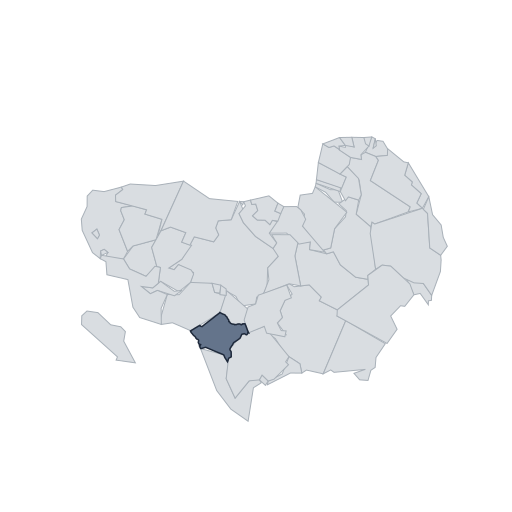 Kenya on a map of Africa (orthographic projection), rotated 113°
{"feature_id": "KEN", "entity_name": "Kenya", "entity_type": "country or territory", "adm_level": 0, "iso_a3": "KEN", "parent_name": "Africa", "parent_adm1": "", "projection": "orthographic", "projection_center": [37.674, 0.4], "detail": "fine", "context": "in_parent", "style": "filled", "palette": "slate", "viewbox_px": 512, "rotation_deg": 113, "n_neighbors": 49, "source": "natural_earth", "source_scale": "50m", "svg_char_len": 12839}
<svg xmlns="http://www.w3.org/2000/svg" viewBox="0 0 512 512"><g transform="rotate(113 256 256)"><path d="M322.3,267.0L350.3,286.8L350.1,306.8L356.0,316.4L351.8,319.4L326.1,322.6L321.7,311.7L305.9,306.0L299.9,296.5L298.3,285.8L305.7,279.8L303.9,268.0L322.3,267.0Z" fill="#d9dde1" stroke="#a8b0b8" stroke-width="1"/><path d="M147.1,121.5L144.5,128.7L134.1,128.3L129.9,140.7L126.8,141.1L123.6,150.7L110.7,152.2L133.9,120.1L147.1,121.5Z" fill="#d9dde1" stroke="#a8b0b8" stroke-width="1"/><path d="M298.3,285.8L305.9,306.0L295.6,307.0L294.2,324.0L300.6,326.0L301.2,331.6L288.0,323.0L262.5,320.3L259.5,300.5L251.2,298.6L246.0,304.1L238.4,304.5L232.3,293.0L212.2,292.4L218.7,285.7L223.6,288.2L230.3,280.6L238.2,264.1L243.0,239.6L247.7,235.3L262.4,240.6L279.2,234.1L288.1,234.3L293.6,239.3L300.3,237.6L307.9,250.3L301.0,258.8L298.3,285.8Z" fill="#d9dde1" stroke="#a8b0b8" stroke-width="1"/><path d="M362.9,270.9L359.7,247.3L365.7,239.6L380.6,235.5L395.0,219.7L373.6,213.5L367.6,206.3L370.6,201.6L378.3,206.9L411.2,198.7L406.8,219.3L395.2,239.6L362.9,270.9Z" fill="#d9dde1" stroke="#a8b0b8" stroke-width="1"/><path d="M274.1,218.5L270.3,216.2L268.6,214.7L269.3,208.7L261.8,195.7L268.3,179.8L272.5,180.2L274.0,158.0L279.6,158.0L280.4,148.1L338.2,148.1L341.3,165.0L345.9,168.1L338.1,173.4L335.0,190.7L324.4,206.0L322.9,216.1L316.7,197.5L309.3,210.2L302.3,207.7L296.9,212.4L285.5,212.0L277.0,207.8L270.7,216.4L274.1,218.5Z" fill="#d9dde1" stroke="#a8b0b8" stroke-width="1"/><path d="M273.8,160.1L272.5,180.2L268.3,179.8L261.8,195.7L266.1,203.2L240.8,220.2L227.5,222.6L221.8,211.4L229.2,209.2L226.4,191.8L221.9,186.4L231.2,174.9L236.6,156.0L233.7,143.7L238.7,141.1L273.8,160.1Z" fill="#d9dde1" stroke="#a8b0b8" stroke-width="1"/><path d="M245.2,406.9L246.9,404.6L254.9,409.1L260.7,406.4L258.0,388.9L264.0,398.8L267.1,398.3L274.1,391.4L285.2,392.4L301.9,376.0L310.5,376.8L314.5,387.1L314.4,394.2L310.6,393.6L309.2,398.4L312.2,401.0L319.3,398.4L316.8,407.8L300.3,426.0L290.3,431.2L276.5,430.8L266.8,434.8L259.2,432.0L256.1,421.0L245.2,406.9ZM302.0,408.7L297.9,408.3L293.4,413.0L298.8,416.0L302.0,408.7Z" fill="#d9dde1" stroke="#a8b0b8" stroke-width="1"/><path d="M302.0,408.7L298.8,416.0L293.4,413.0L297.9,408.3L302.0,408.7Z" fill="#d9dde1" stroke="#a8b0b8" stroke-width="1"/><path d="M310.5,376.8L294.8,373.1L280.1,354.4L288.9,355.4L304.5,343.1L317.7,349.3L317.3,367.3L310.5,376.8Z" fill="#d9dde1" stroke="#a8b0b8" stroke-width="1"/><path d="M301.9,376.0L285.2,392.4L274.1,391.4L267.1,398.3L264.0,398.8L258.0,388.9L256.2,374.8L260.8,374.6L259.0,356.9L280.1,354.4L294.8,373.1L301.9,376.0Z" fill="#d9dde1" stroke="#a8b0b8" stroke-width="1"/><path d="M256.2,374.8L260.7,406.4L254.9,409.1L246.9,404.6L245.2,406.9L238.9,399.9L230.4,376.0L215.4,352.0L279.1,353.6L259.0,356.9L260.8,374.6L256.2,374.8Z" fill="#d9dde1" stroke="#a8b0b8" stroke-width="1"/><path d="M102.3,189.7L100.8,183.9L107.2,175.1L112.1,174.4L117.6,184.6L117.8,195.8L101.2,196.0L101.4,192.0L111.1,190.3L102.3,189.7Z" fill="#d9dde1" stroke="#a8b0b8" stroke-width="1"/><path d="M117.8,195.8L117.6,184.6L120.1,180.7L141.9,180.2L150.5,133.2L155.9,133.1L180.2,159.2L179.6,162.4L184.3,161.9L178.5,180.1L158.6,183.0L145.8,190.7L138.2,206.8L128.3,207.5L125.9,196.6L121.9,199.0L117.8,195.8Z" fill="#d9dde1" stroke="#a8b0b8" stroke-width="1"/><path d="M110.7,152.2L123.6,150.7L126.8,141.1L129.9,140.7L134.1,128.3L144.5,128.7L147.1,121.5L155.9,133.1L150.5,133.2L141.9,180.2L120.1,180.7L117.6,184.6L112.1,174.4L105.8,176.7L111.6,156.8L110.7,152.2Z" fill="#d9dde1" stroke="#a8b0b8" stroke-width="1"/><path d="M169.2,228.5L165.6,229.1L165.9,213.4L162.9,206.4L172.7,197.2L175.9,205.1L170.2,216.7L169.2,228.5Z" fill="#d9dde1" stroke="#a8b0b8" stroke-width="1"/><path d="M233.7,143.7L236.6,156.0L231.2,174.9L221.9,186.4L226.4,191.8L224.0,196.2L219.4,190.4L200.2,194.3L185.0,188.9L179.0,190.6L175.6,200.2L165.5,194.0L164.4,183.3L178.5,180.1L184.3,161.9L221.5,140.7L230.2,145.5L233.7,143.7Z" fill="#d9dde1" stroke="#a8b0b8" stroke-width="1"/><path d="M169.2,228.5L180.2,189.5L200.2,194.3L219.4,190.4L225.7,198.2L210.4,224.9L198.5,227.7L194.7,236.5L182.7,239.1L176.3,228.5L169.2,228.5Z" fill="#d9dde1" stroke="#a8b0b8" stroke-width="1"/><path d="M225.7,194.2L229.2,209.2L221.8,211.4L228.3,221.2L223.0,236.8L229.8,252.7L199.7,249.7L194.6,237.9L196.1,232.7L202.8,224.6L210.4,224.9L225.7,194.2Z" fill="#d9dde1" stroke="#a8b0b8" stroke-width="1"/><path d="M163.8,203.6L165.6,229.1L162.1,230.2L159.7,205.1L163.8,203.6Z" fill="#d9dde1" stroke="#a8b0b8" stroke-width="1"/><path d="M160.1,203.5L162.1,230.2L145.6,235.1L148.1,203.7L160.1,203.5Z" fill="#d9dde1" stroke="#a8b0b8" stroke-width="1"/><path d="M128.3,207.5L135.3,205.9L147.8,210.6L145.6,235.1L126.7,238.3L127.6,231.2L124.2,227.2L128.3,207.5Z" fill="#d9dde1" stroke="#a8b0b8" stroke-width="1"/><path d="M110.7,195.0L121.9,199.0L125.9,196.6L128.3,207.5L125.9,220.7L122.4,222.7L121.1,216.2L118.3,217.2L117.3,208.3L109.3,214.2L104.8,203.0L110.7,195.0Z" fill="#d9dde1" stroke="#a8b0b8" stroke-width="1"/><path d="M101.2,196.0L110.7,195.0L109.9,199.0L104.8,203.0L101.2,196.0Z" fill="#d9dde1" stroke="#a8b0b8" stroke-width="1"/><path d="M125.3,220.7L124.2,227.2L127.6,231.2L126.7,238.3L114.3,225.4L119.3,216.9L122.4,222.7L125.3,220.7Z" fill="#d9dde1" stroke="#a8b0b8" stroke-width="1"/><path d="M109.3,214.2L117.3,208.3L119.3,216.9L114.3,225.4L109.3,214.2Z" fill="#d9dde1" stroke="#a8b0b8" stroke-width="1"/><path d="M138.2,206.8L144.6,191.9L158.6,183.0L164.4,183.3L165.5,194.0L170.2,195.2L163.8,203.6L148.1,203.7L147.8,210.6L138.2,206.8Z" fill="#d9dde1" stroke="#a8b0b8" stroke-width="1"/><path d="M288.1,234.3L272.8,234.9L262.4,240.6L247.7,235.3L242.4,243.3L235.9,242.1L230.2,249.9L223.1,233.0L227.5,222.6L240.8,220.2L266.1,203.2L268.6,214.7L288.1,234.3Z" fill="#d9dde1" stroke="#a8b0b8" stroke-width="1"/><path d="M242.4,243.3L238.2,264.1L230.3,280.6L223.6,288.2L214.0,285.3L210.8,288.5L206.7,282.9L210.2,280.0L208.3,276.5L213.5,272.1L220.4,274.9L222.4,268.9L219.5,261.6L221.7,255.5L216.8,254.9L215.9,249.8L229.8,252.7L235.9,242.1L242.4,243.3Z" fill="#d9dde1" stroke="#a8b0b8" stroke-width="1"/><path d="M207.3,249.8L215.3,249.5L216.8,254.9L221.7,255.5L219.5,261.6L222.4,268.9L220.4,274.9L213.5,272.1L208.3,276.5L210.2,280.0L206.7,282.9L195.6,267.6L198.8,256.4L207.3,256.2L207.3,249.8Z" fill="#d9dde1" stroke="#a8b0b8" stroke-width="1"/><path d="M199.7,249.7L207.3,249.8L207.3,256.2L198.8,256.4L199.7,249.7Z" fill="#d9dde1" stroke="#a8b0b8" stroke-width="1"/><path d="M305.9,306.0L319.0,313.0L316.6,333.9L319.3,335.3L303.9,339.5L304.5,343.1L288.9,355.4L269.9,353.3L262.8,346.0L261.9,329.7L272.3,329.8L271.3,319.5L288.0,323.0L301.2,331.6L300.6,326.0L294.2,324.0L294.2,310.3L296.9,306.4L305.9,306.0Z" fill="#d9dde1" stroke="#a8b0b8" stroke-width="1"/><path d="M316.5,310.7L324.5,315.5L326.2,333.3L332.0,338.5L328.8,349.7L325.7,338.6L316.6,333.9L320.4,317.4L316.5,310.7Z" fill="#d9dde1" stroke="#a8b0b8" stroke-width="1"/><path d="M326.1,322.6L341.2,322.9L356.0,316.4L358.1,339.0L351.2,349.3L327.8,364.7L331.5,385.9L319.9,391.9L319.3,398.4L315.7,398.4L310.5,376.8L317.3,367.3L317.7,349.3L304.9,345.0L303.9,339.5L319.3,335.3L325.7,338.6L328.8,349.7L332.0,338.5L326.2,333.3L326.1,322.6Z" fill="#d9dde1" stroke="#a8b0b8" stroke-width="1"/><path d="M315.7,398.4L312.2,401.0L309.2,398.4L310.6,393.6L315.7,398.4Z" fill="#d9dde1" stroke="#a8b0b8" stroke-width="1"/><path d="M210.8,288.5L214.2,288.2L212.2,292.4L210.8,288.5ZM212.9,294.1L232.3,293.0L238.4,304.5L246.0,304.1L251.2,298.6L259.5,300.5L262.5,320.3L271.9,321.1L272.3,329.8L261.9,329.7L262.8,346.0L269.9,353.3L215.4,352.0L221.4,321.3L212.9,294.1Z" fill="#d9dde1" stroke="#a8b0b8" stroke-width="1"/><path d="M304.2,274.8L305.7,279.8L298.3,285.8L296.6,277.0L304.2,274.8Z" fill="#d9dde1" stroke="#a8b0b8" stroke-width="1"/><path d="M401.5,325.3L406.5,344.1L403.0,344.1L387.3,389.8L379.1,393.0L372.7,390.1L369.9,379.4L376.1,362.9L374.0,352.8L376.6,346.7L386.1,344.5L401.5,325.3Z" fill="#d9dde1" stroke="#a8b0b8" stroke-width="1"/><path d="M101.4,192.0L107.5,188.3L111.1,190.3L101.4,192.0Z" fill="#d9dde1" stroke="#a8b0b8" stroke-width="1"/><path d="M218.4,108.3L215.9,91.2L223.6,78.9L228.3,77.2L229.9,79.8L233.6,78.3L226.3,90.2L230.0,95.5L218.4,108.3Z" fill="#d9dde1" stroke="#a8b0b8" stroke-width="1"/><path d="M147.1,121.5L149.8,114.7L180.7,99.2L183.2,86.3L187.4,84.0L198.2,80.2L223.6,78.9L215.9,91.2L219.0,100.1L218.6,112.3L212.7,128.0L215.1,136.3L221.5,140.7L190.6,159.7L179.6,162.4L180.2,159.2L147.1,121.5Z" fill="#d9dde1" stroke="#a8b0b8" stroke-width="1"/><path d="M335.8,186.3L338.1,173.4L345.9,168.1L350.3,178.6L370.1,195.2L366.4,196.0L354.3,185.8L335.8,186.3Z" fill="#d9dde1" stroke="#a8b0b8" stroke-width="1"/><path d="M133.9,120.1L149.0,109.6L155.1,97.7L165.7,90.9L172.3,83.7L183.2,86.3L180.7,99.2L149.8,114.7L147.6,120.2L133.9,120.1Z" fill="#d9dde1" stroke="#a8b0b8" stroke-width="1"/><path d="M338.2,148.1L280.4,148.1L286.2,102.7L302.5,105.9L312.0,102.8L316.3,105.6L326.8,104.3L329.5,112.2L325.7,120.0L317.6,111.0L332.6,138.7L331.7,142.7L338.2,148.1Z" fill="#d9dde1" stroke="#a8b0b8" stroke-width="1"/><path d="M285.3,101.2L279.6,158.0L273.8,160.1L238.7,141.1L230.2,145.5L215.1,136.3L212.7,128.0L221.6,103.4L230.0,95.5L244.2,99.4L245.3,103.5L258.6,108.6L268.3,97.5L285.3,101.2Z" fill="#d9dde1" stroke="#a8b0b8" stroke-width="1"/><path d="M395.0,219.7L380.6,235.5L352.2,243.9L334.2,238.5L317.5,220.9L335.8,186.3L341.8,187.4L343.4,183.6L362.4,191.3L366.4,196.0L363.4,203.8L368.7,204.4L373.6,213.5L395.0,219.7Z" fill="#d9dde1" stroke="#a8b0b8" stroke-width="1"/><path d="M366.4,196.0L371.4,196.8L368.7,204.4L363.4,203.8L366.4,196.0Z" fill="#d9dde1" stroke="#a8b0b8" stroke-width="1"/><path d="M322.3,267.0L299.5,269.1L308.3,242.0L322.8,239.5L325.3,243.2L328.2,251.9L322.3,267.0Z" fill="#d9dde1" stroke="#a8b0b8" stroke-width="1"/><path d="M303.9,268.0L305.7,274.1L296.6,277.0L298.0,270.6L303.9,268.0Z" fill="#d9dde1" stroke="#a8b0b8" stroke-width="1"/><path d="M306.1,243.4L300.3,237.6L291.2,238.6L270.7,216.4L280.7,207.1L285.5,212.0L296.9,212.4L302.3,207.7L309.3,210.2L314.8,203.6L313.2,199.0L319.1,197.9L322.9,216.1L317.5,220.9L329.7,232.9L319.6,241.9L306.1,243.4Z" fill="#d9dde1" stroke="#a8b0b8" stroke-width="1"/><path d="M322.2,267.3L322.2,266.4L322.4,264.1L322.3,262.1L322.5,261.1L323.0,260.5L323.2,260.0L323.4,259.3L323.6,258.8L324.2,258.4L324.3,258.1L324.9,257.4L325.3,256.5L325.6,256.2L325.9,255.9L326.2,255.7L326.6,255.6L326.9,255.5L327.0,255.4L326.9,254.7L327.0,254.5L327.3,254.1L327.5,253.8L327.7,253.5L327.9,253.3L327.9,252.9L327.9,252.6L327.9,252.1L327.9,251.1L327.6,250.2L327.4,249.2L327.6,248.9L327.4,248.3L327.1,248.1L326.9,247.6L326.7,247.1L325.9,246.5L325.5,245.5L325.2,245.3L324.9,244.2L324.9,243.9L325.1,242.9L325.1,242.7L324.9,242.5L324.2,242.2L323.7,241.8L323.7,241.7L323.8,241.5L323.5,241.4L322.7,239.7L323.7,238.6L324.8,237.5L326.2,236.2L327.5,235.0L328.6,233.9L329.5,232.9L329.5,233.1L329.5,233.4L329.6,233.5L329.8,233.6L330.1,233.5L330.3,233.4L330.6,233.3L332.0,233.7L332.3,234.1L332.3,234.4L332.3,234.7L332.2,235.0L332.1,235.8L332.1,236.6L332.6,237.1L333.0,237.6L333.3,238.2L333.5,238.4L333.8,238.5L334.8,238.5L336.3,238.5L337.7,238.6L337.9,238.6L338.2,238.7L339.5,239.5L340.7,240.2L341.7,240.9L342.7,241.5L343.7,242.2L344.4,242.7L345.1,242.8L346.3,242.9L347.2,242.9L347.9,243.2L349.1,243.4L349.9,243.5L350.4,243.6L351.8,243.7L352.1,243.6L352.7,243.1L353.4,242.1L353.7,241.6L354.6,241.1L356.2,240.4L357.3,239.9L358.5,239.4L359.1,239.8L359.9,240.5L360.3,240.9L360.5,241.0L361.0,241.1L361.5,241.1L361.8,241.1L362.3,241.0L363.7,240.9L364.5,240.9L363.8,241.9L363.0,243.0L361.6,245.1L360.5,246.1L359.7,247.0L359.6,248.0L359.6,250.2L359.7,254.7L359.7,259.2L359.7,263.6L359.7,265.9L359.7,266.6L360.4,267.6L361.2,268.5L362.1,269.7L362.6,270.3L362.7,270.6L362.6,271.0L361.9,271.9L361.2,272.3L360.4,272.5L360.1,272.5L359.8,272.4L359.7,272.6L359.6,272.9L359.4,272.8L359.2,272.7L359.3,273.3L359.4,273.6L359.3,274.0L358.9,274.4L358.8,274.7L357.9,275.5L356.7,275.6L356.0,275.9L355.7,276.3L355.5,276.9L355.6,278.0L355.2,278.8L355.1,279.2L354.5,279.8L354.2,280.2L354.0,280.7L353.8,281.0L353.6,282.1L353.3,282.7L353.2,283.0L352.9,283.6L352.7,283.8L352.6,284.0L351.8,285.7L351.2,286.5L350.7,286.4L350.4,286.7L350.4,286.9L350.2,286.8L349.8,286.5L349.0,285.9L348.2,285.3L347.4,284.7L346.6,284.2L345.8,283.6L345.0,283.0L344.2,282.4L343.3,281.8L342.9,281.5L342.7,281.3L342.5,280.9L342.4,280.8L342.2,280.6L341.9,280.6L341.9,280.3L342.0,280.1L342.3,279.5L342.3,279.2L342.2,278.9L342.1,278.3L342.1,278.1L341.5,277.8L340.4,277.2L339.3,276.6L338.1,276.0L337.0,275.3L335.9,274.7L334.7,274.1L333.6,273.4L332.5,272.8L331.4,272.2L330.2,271.5L329.1,270.9L328.0,270.3L326.8,269.7L325.7,269.0L324.6,268.4L323.5,267.8L323.0,267.5L322.7,267.3L322.2,267.3ZM359.8,273.5L359.6,273.5L359.7,273.2L360.3,272.8L360.5,272.9L360.6,273.0L360.4,273.1L359.8,273.5Z" fill="#64748b" stroke="#1e293b" stroke-width="1.5"/></g></svg>